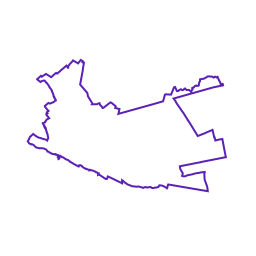 outline of Panciu, Vrancea, Romania, rotated 350°
{"feature_id": "2599482B28492599509343", "entity_name": "Panciu", "entity_type": "district", "adm_level": 2, "iso_a3": "ROU", "parent_name": "Romania", "parent_adm1": "Vrancea", "projection": "robinson", "projection_center": [27.104, 45.901], "detail": "fine", "context": "isolated", "style": "outline", "palette": "violet", "viewbox_px": 256, "rotation_deg": 350, "n_neighbors": 0, "source": "geoboundaries", "source_scale": "gbopen_adm2", "svg_char_len": 5592}
<svg xmlns="http://www.w3.org/2000/svg" viewBox="0 0 256 256"><g transform="rotate(350 128 128)"><path d="M195.6,204.1L195.8,199.7L195.7,198.9L194.5,192.2L195.2,186.3L195.3,185.9L195.9,185.2L195.9,184.6L192.2,184.4L190.1,184.5L188.1,184.4L185.4,184.5L183.0,184.8L178.2,184.9L177.6,185.0L176.3,185.4L174.7,185.4L173.0,184.6L174.1,182.1L172.4,177.6L172.4,174.7L192.2,174.3L192.7,174.4L193.2,174.4L193.7,174.2L219.3,173.7L219.1,164.5L219.0,155.2L214.8,155.2L211.9,155.5L211.7,152.4L211.3,152.4L210.9,144.5L210.0,144.7L209.1,145.0L204.4,146.0L203.3,146.4L195.3,148.0L188.9,131.8L188.7,131.4L188.4,131.1L188.5,131.0L188.5,130.9L187.7,129.1L185.3,123.1L184.0,120.5L182.4,116.9L182.4,116.6L182.0,116.1L181.2,114.4L180.9,113.6L180.4,112.7L180.1,111.7L179.6,110.7L179.6,110.2L179.5,109.9L178.8,108.6L178.0,106.9L218.9,102.8L229.0,102.5L228.9,101.0L226.9,101.1L226.8,99.7L226.5,98.4L226.1,97.5L225.1,93.3L224.7,93.6L224.2,93.7L223.7,93.4L223.5,93.0L222.5,92.5L221.6,93.1L221.1,93.2L220.8,93.0L220.1,92.3L219.3,91.8L218.1,91.7L216.8,91.2L215.7,91.1L215.1,91.1L214.2,91.7L212.3,92.2L211.6,92.6L210.2,92.6L209.2,92.5L207.4,92.6L207.0,94.5L206.4,94.9L205.3,97.2L205.4,97.9L205.1,98.4L204.4,98.6L203.3,98.6L202.9,98.4L202.6,98.0L200.8,98.5L200.4,98.9L200.1,99.4L199.7,99.6L199.3,99.7L199.0,99.7L198.6,99.5L198.1,99.8L198.2,101.3L197.5,101.8L196.9,102.5L196.7,103.1L196.4,103.1L196.3,102.6L195.3,101.9L194.7,101.1L193.9,100.9L193.3,101.0L192.5,100.8L191.8,100.2L191.1,99.0L190.4,99.1L190.1,99.3L189.8,99.7L188.7,100.2L188.3,100.2L187.6,99.9L187.0,99.1L185.2,99.4L184.6,99.9L184.1,100.2L182.7,100.2L182.4,99.8L182.4,99.4L181.5,95.8L180.4,95.9L176.2,102.6L171.1,101.4L170.6,101.4L170.1,101.7L167.2,107.8L156.9,108.9L121.0,112.4L121.4,111.6L122.9,107.8L118.9,106.1L119.7,104.5L116.5,100.8L115.4,99.8L115.2,99.7L107.4,103.8L106.5,103.9L106.4,103.9L106.2,103.0L105.8,102.1L104.5,100.5L104.2,98.6L102.8,98.8L101.6,99.2L96.8,98.4L97.3,97.9L94.1,89.9L94.0,86.4L88.4,76.9L93.6,63.0L93.6,62.6L95.9,56.1L95.3,56.0L94.8,55.6L95.1,55.4L95.2,55.2L95.1,54.3L94.1,53.7L93.3,52.8L90.1,55.7L85.6,51.9L84.7,52.8L81.9,54.8L79.8,56.8L79.7,56.9L79.7,57.3L79.5,57.6L79.5,58.3L79.4,58.3L79.3,58.2L79.1,57.3L78.6,56.8L78.4,56.3L78.2,55.9L72.9,59.0L71.5,59.7L71.2,60.1L67.8,62.0L67.6,62.1L66.8,61.3L66.5,61.4L65.0,62.2L62.4,63.9L61.1,64.6L60.2,63.7L56.6,60.5L52.0,62.5L51.3,61.5L47.0,64.2L47.2,64.6L49.8,67.5L50.9,66.9L52.5,66.7L53.9,66.7L54.3,67.0L54.4,67.5L54.5,67.6L54.7,67.9L54.9,68.2L55.4,69.3L55.8,69.4L56.1,70.2L57.0,71.7L57.1,72.4L57.4,73.1L57.7,73.5L57.7,74.1L58.0,74.5L58.2,75.1L58.6,75.7L58.7,76.1L58.8,76.2L59.6,78.0L59.4,78.5L59.6,79.0L59.6,79.5L60.1,80.7L60.1,81.8L60.1,82.1L60.4,82.5L60.2,83.6L60.2,83.8L60.7,84.3L60.4,84.7L60.4,85.0L60.5,85.3L61.2,86.0L61.4,86.9L61.3,87.2L61.4,87.5L61.6,87.6L61.8,87.9L61.7,88.3L61.4,88.2L61.1,88.3L59.5,89.5L55.5,90.4L55.2,90.4L54.0,89.5L50.0,91.8L49.8,92.1L50.0,92.7L51.6,95.8L52.7,97.4L50.8,98.4L50.7,98.8L51.2,99.7L49.9,100.2L50.0,100.9L51.3,103.2L52.1,104.7L49.3,105.6L48.6,106.4L47.3,107.7L47.3,107.9L47.3,108.0L45.8,108.4L44.9,108.4L44.8,108.6L44.9,108.9L45.3,109.2L45.3,109.6L45.5,110.5L45.9,110.8L45.8,111.1L46.0,111.3L45.9,111.7L46.2,111.8L46.4,112.1L46.4,112.7L46.2,112.9L46.5,113.1L46.5,113.3L46.8,113.6L46.5,114.0L47.0,114.3L46.9,115.5L47.2,116.2L47.0,116.9L47.1,117.4L47.3,117.6L47.3,118.2L47.2,118.7L47.6,119.6L47.6,120.1L47.7,120.3L47.7,120.8L47.6,121.3L47.6,122.4L47.8,123.1L47.7,124.1L46.2,126.3L45.8,125.7L45.4,125.4L42.1,123.8L39.4,122.3L38.5,122.0L37.5,121.4L35.0,119.0L33.6,117.4L31.4,118.8L31.2,119.0L30.1,119.6L27.0,123.8L27.5,124.7L27.8,125.8L28.1,126.1L29.4,126.9L29.8,127.4L30.5,127.2L32.3,128.6L33.2,130.1L34.0,130.9L34.8,131.6L36.3,132.0L37.7,132.8L38.6,132.7L39.2,132.8L41.8,133.7L42.7,134.3L43.5,134.9L44.0,135.5L44.4,136.4L44.6,137.2L45.4,137.5L45.9,137.8L46.9,138.9L48.4,139.9L48.9,140.4L49.7,140.5L50.5,141.0L51.2,141.2L51.4,141.3L51.8,141.0L52.0,141.0L52.7,141.5L52.8,141.6L52.8,142.0L54.1,142.4L54.9,143.0L54.6,143.4L53.7,144.4L53.8,144.6L54.0,144.7L54.4,144.5L54.8,144.5L54.9,145.1L54.9,145.3L54.4,145.9L54.1,146.3L54.1,146.6L54.3,146.6L54.7,146.3L55.2,145.8L55.6,145.1L55.8,144.3L55.9,144.1L55.9,143.6L55.9,143.4L56.2,143.4L56.7,144.0L57.5,144.5L57.8,145.2L58.8,145.5L60.5,147.1L61.1,147.9L63.2,149.0L63.8,149.5L64.7,150.6L64.8,151.1L65.5,151.3L65.8,151.8L67.4,153.1L67.9,153.6L70.5,155.7L71.9,156.6L72.7,157.4L72.8,157.4L73.3,156.4L73.5,156.2L74.6,156.4L75.1,156.6L75.4,156.9L75.5,157.2L76.1,157.6L76.2,158.0L76.5,158.5L78.3,160.2L79.6,160.8L79.6,161.0L80.2,161.1L80.4,161.4L81.6,162.1L82.5,162.4L83.0,162.5L82.8,163.0L83.8,162.9L84.4,163.3L85.2,163.5L87.0,164.4L87.4,164.7L87.6,165.0L88.1,165.2L88.6,165.6L89.0,166.3L90.1,166.6L90.5,167.4L91.0,167.5L90.6,168.1L90.5,168.5L91.0,168.2L91.2,168.3L91.4,168.5L91.6,168.9L91.4,169.1L91.5,169.3L92.0,169.4L92.4,169.7L94.1,171.4L95.4,172.6L96.6,173.8L97.3,174.4L98.3,174.5L98.6,174.2L99.7,172.2L100.5,172.7L102.5,174.1L112.6,181.4L113.1,178.4L114.2,179.5L115.2,181.0L116.2,181.9L116.6,182.1L116.8,182.6L117.9,183.6L118.8,184.1L119.9,184.7L120.0,184.9L120.6,185.2L120.8,185.4L122.5,186.3L123.2,186.3L124.3,186.8L126.7,187.4L128.2,187.4L129.8,188.2L131.1,188.8L131.7,189.0L132.3,189.4L132.4,189.6L134.5,189.2L135.2,189.2L136.2,189.9L136.9,190.0L137.8,189.9L139.9,190.0L140.2,190.2L140.7,190.9L141.5,191.3L142.2,191.5L144.0,191.4L145.1,191.6L147.5,191.3L147.9,191.2L148.3,190.5L148.9,190.0L149.5,189.9L150.2,190.3L151.4,190.6L152.4,191.1L152.9,191.5L153.8,192.2L155.0,193.2L155.9,194.2L156.2,193.9L156.8,192.6L157.1,191.7L157.8,190.6L195.6,204.1Z" fill="none" stroke="#5b21b6" stroke-width="2"/></g></svg>